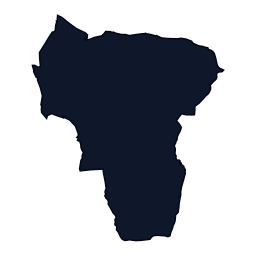 Arusha Urban, Arusha, United Republic of Tanzania
{"feature_id": "72390352B90906351205470", "entity_name": "Arusha Urban", "entity_type": "district", "adm_level": 2, "iso_a3": "TZA", "parent_name": "United Republic of Tanzania", "parent_adm1": "Arusha", "projection": "mercator", "projection_center": [36.69, -3.448], "detail": "fine", "context": "isolated", "style": "filled", "palette": "ink", "viewbox_px": 256, "rotation_deg": 0, "n_neighbors": 0, "source": "geoboundaries", "source_scale": "gbopen_adm2", "svg_char_len": 3560}
<svg xmlns="http://www.w3.org/2000/svg" viewBox="0 0 256 256"><path d="M223.6,70.1L222.3,69.5L221.5,69.1L220.9,68.9L220.4,68.6L219.4,68.1L219.0,67.6L218.3,67.1L217.9,66.2L217.5,65.6L217.1,65.1L216.9,64.7L216.8,64.2L217.0,64.2L216.8,63.5L216.2,60.8L215.7,58.2L214.3,53.6L212.8,51.5L210.9,50.3L209.2,49.7L208.7,49.4L208.2,49.0L208.0,48.5L207.8,47.8L207.6,47.8L207.3,47.7L203.7,46.9L203.6,46.7L198.5,45.7L193.3,43.4L191.5,41.2L186.0,39.1L181.2,38.3L177.3,38.8L167.0,38.5L161.3,37.9L156.5,35.5L155.7,36.0L152.9,35.1L148.8,34.1L148.5,34.1L146.9,33.9L146.4,33.7L145.6,33.4L145.6,33.6L142.1,33.8L139.7,34.1L135.7,34.6L129.6,35.6L126.6,34.9L124.9,34.4L124.6,34.7L120.7,34.4L118.9,33.9L116.3,33.4L113.2,32.1L112.1,32.4L110.2,31.6L110.1,31.9L108.4,31.6L105.7,31.4L103.6,34.2L102.7,34.7L102.8,35.6L94.5,37.4L89.4,39.5L83.6,39.8L87.1,38.0L87.5,35.0L85.4,32.9L76.2,28.5L69.1,23.3L61.5,17.2L57.6,15.4L57.3,18.9L57.3,20.7L56.4,21.0L56.7,21.8L55.7,25.4L55.4,29.6L54.6,31.7L52.3,32.1L48.9,37.3L45.0,43.8L39.5,52.5L39.7,58.8L40.4,66.3L38.7,67.4L34.5,65.3L32.4,65.4L33.9,70.9L33.6,71.6L36.2,77.2L37.3,76.8L37.6,80.2L40.6,88.4L42.4,95.9L41.0,104.6L41.8,104.3L41.4,109.2L41.6,112.5L46.6,118.4L47.3,115.7L51.5,113.6L58.2,116.1L63.4,117.8L63.4,117.0L69.7,120.0L75.5,126.2L78.1,133.3L78.3,133.9L78.2,136.0L76.8,137.4L78.3,138.3L77.5,140.4L79.9,141.5L80.9,144.9L80.9,146.7L81.6,149.4L83.4,152.5L82.2,155.6L82.2,158.7L81.0,160.2L79.6,168.8L80.2,170.9L90.8,169.7L100.9,169.2L103.2,169.1L103.2,171.3L104.6,178.7L105.1,181.0L106.3,189.5L105.7,189.5L105.1,191.5L105.1,192.6L105.8,194.5L104.9,195.5L105.0,195.7L105.0,196.2L105.4,196.7L105.8,197.9L107.4,199.5L108.1,200.5L108.4,202.1L108.2,204.0L109.6,206.4L110.5,208.1L113.2,213.0L115.3,215.2L116.3,217.5L115.0,219.5L115.0,220.9L115.5,222.3L114.8,223.9L115.3,225.4L117.0,225.8L116.7,228.0L116.5,229.9L118.1,231.8L120.6,237.0L122.4,239.4L125.1,240.5L129.5,239.8L135.7,240.6L141.5,240.3L144.8,239.9L147.7,239.6L150.2,239.1L151.2,237.4L153.3,235.8L154.6,235.5L158.1,235.3L161.4,235.6L165.0,235.8L167.9,236.7L169.8,235.9L170.0,235.7L170.7,232.5L172.4,228.4L173.1,225.8L174.5,222.7L175.0,221.1L175.4,217.6L175.5,215.2L178.1,212.3L178.8,207.8L179.1,203.3L180.0,198.6L180.7,195.0L180.7,191.4L181.4,187.4L182.4,183.8L183.2,180.9L183.3,180.8L185.2,173.6L185.2,169.4L184.1,167.9L183.8,166.4L182.3,165.1L182.0,165.0L181.5,164.5L181.0,164.3L180.6,164.4L180.5,164.1L180.7,163.8L181.0,163.5L181.2,163.4L181.2,163.2L181.0,162.9L180.7,162.9L180.4,162.9L180.1,162.8L179.7,162.8L179.9,162.1L180.1,161.5L179.9,160.9L179.9,160.7L179.2,160.1L178.6,160.2L176.6,160.0L176.4,159.3L176.2,158.7L176.0,158.1L175.8,157.6L175.9,157.1L176.0,156.7L176.2,156.2L175.9,155.5L175.5,154.9L175.0,154.1L175.0,152.7L175.1,151.8L175.2,150.8L175.3,148.7L174.8,147.4L174.4,146.1L174.5,144.9L174.3,144.7L175.0,144.1L175.4,143.7L175.7,142.7L175.9,141.8L176.2,140.9L176.5,140.4L177.0,139.8L177.2,137.6L177.7,135.8L178.5,134.0L179.8,131.8L180.7,129.5L181.1,128.1L181.2,127.3L180.5,126.0L178.8,123.4L177.5,122.0L176.6,120.9L176.5,120.5L177.3,119.5L178.2,118.3L178.9,117.1L180.0,115.8L181.2,114.2L182.0,113.7L183.6,114.2L186.2,114.8L188.1,114.8L191.7,114.9L194.1,114.8L194.4,114.7L194.6,112.9L194.8,110.1L194.8,107.8L195.1,105.9L196.5,105.1L198.9,103.3L201.2,100.9L203.5,98.5L205.6,96.0L207.9,94.1L209.3,92.2L210.6,89.0L210.6,86.7L210.3,85.6L210.2,84.5L211.0,84.3L212.0,83.2L213.0,82.0L214.2,80.9L215.5,79.8L216.2,78.9L216.8,77.5L216.7,75.7L216.5,74.4L216.8,73.5L217.8,72.4L219.4,71.9L221.1,71.8L221.8,71.6L222.4,71.4L223.6,70.1Z" fill="#0f172a" stroke="#020617" stroke-width="1.5"/></svg>